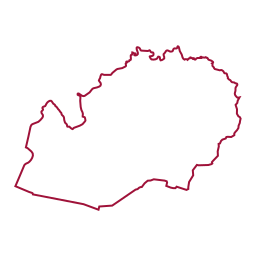 the border of West Kazakhstan
{"feature_id": "KAZ-3201", "entity_name": "West Kazakhstan", "entity_type": "Region", "adm_level": 1, "iso_a3": "KAZ", "parent_name": "Kazakhstan", "parent_adm1": "", "projection": "orthographic", "projection_center": [51.03, 49.856], "detail": "fine", "context": "isolated", "style": "outline", "palette": "rose", "viewbox_px": 256, "rotation_deg": 0, "n_neighbors": 0, "source": "natural_earth", "source_scale": "10m", "svg_char_len": 4885}
<svg xmlns="http://www.w3.org/2000/svg" viewBox="0 0 256 256"><path d="M177.9,46.3L178.6,46.7L179.1,48.1L179.5,49.8L179.8,51.1L181.7,54.5L182.5,57.2L182.7,57.7L183.0,58.2L183.4,58.8L183.9,59.2L184.5,59.6L185.2,59.2L187.6,59.3L187.7,59.7L188.0,59.5L188.4,59.1L188.6,58.7L188.8,58.5L189.1,58.4L189.8,58.3L189.9,58.1L190.1,57.8L190.2,57.5L190.6,57.4L190.9,57.5L191.5,58.1L193.2,58.1L193.8,58.3L193.4,59.0L194.0,59.1L194.7,59.5L195.1,59.6L195.5,59.5L195.8,59.1L196.2,58.7L196.5,58.4L197.5,58.0L200.7,58.0L200.4,57.3L200.5,56.9L200.9,56.8L201.3,56.8L201.5,56.9L201.7,57.1L201.8,57.3L201.9,57.5L202.2,57.6L202.4,57.5L202.5,57.4L204.7,57.6L205.1,57.5L205.7,57.2L206.2,57.6L206.3,57.5L207.3,57.9L207.7,58.3L208.2,59.3L208.6,59.7L211.4,60.7L212.5,61.5L212.9,61.8L213.1,62.5L212.9,62.9L212.0,63.4L212.5,63.9L212.5,64.6L212.4,65.4L212.6,66.1L213.5,67.0L213.9,67.5L214.1,68.2L214.8,69.0L219.8,70.3L221.1,70.0L221.9,70.2L222.9,70.9L223.5,71.5L224.2,72.9L224.8,73.3L226.2,73.4L226.7,73.8L227.0,74.4L227.3,76.1L227.6,76.6L227.8,77.0L227.9,77.4L227.8,78.2L228.7,79.2L229.2,79.6L230.3,80.2L230.7,80.7L231.0,81.2L231.5,81.8L232.1,82.2L234.3,82.5L234.6,82.7L235.1,83.1L235.4,83.3L236.6,83.5L237.0,83.7L237.2,84.0L237.3,84.4L237.3,84.9L237.1,85.3L235.7,87.4L235.5,88.3L235.5,90.1L235.4,91.0L234.9,92.9L234.8,93.8L235.0,94.6L235.4,95.5L236.5,96.8L237.0,97.3L237.7,97.7L238.2,97.7L239.5,97.4L237.7,100.7L237.3,102.9L235.6,104.9L237.0,109.2L236.9,113.7L238.4,116.3L239.8,117.1L240.6,118.6L240.0,121.2L239.8,122.9L238.6,125.7L238.4,128.0L237.0,130.2L235.4,131.9L234.3,133.4L234.3,135.2L231.2,137.0L227.8,136.8L226.4,137.0L225.7,138.5L222.4,139.6L221.0,141.0L220.0,143.4L218.6,143.9L218.8,146.5L217.7,151.3L217.9,155.8L212.7,161.2L211.9,162.2L212.3,163.5L211.5,164.1L208.4,165.0L198.5,165.3L196.9,164.9L192.8,170.3L193.2,175.3L189.1,182.0L188.3,187.1L188.3,189.0L186.5,189.9L176.6,186.7L175.5,188.1L173.0,188.1L170.7,187.6L166.3,185.9L167.1,182.6L166.7,181.3L164.6,180.6L153.8,179.3L150.6,180.5L147.7,180.7L144.6,183.3L141.8,187.0L140.5,187.1L139.0,187.8L137.6,189.1L135.6,189.6L112.2,205.6L99.3,206.5L98.5,209.7L83.6,204.2L32.9,194.4L32.9,194.0L32.6,193.3L32.0,192.9L29.2,192.0L22.3,189.1L15.4,186.2L20.0,175.4L24.3,165.2L25.1,164.3L26.1,163.6L28.3,162.6L28.9,162.1L29.5,161.6L31.0,159.9L32.2,157.8L32.9,155.6L32.7,153.4L31.4,151.5L27.5,148.1L25.9,147.4L28.3,137.1L30.5,126.8L31.3,125.1L32.3,124.2L38.4,121.8L40.4,120.0L42.3,117.8L42.9,116.6L42.9,115.1L41.5,112.9L41.4,111.7L41.7,111.2L42.7,110.2L43.0,109.6L42.9,109.0L42.6,108.5L42.4,108.0L42.7,107.2L43.2,106.8L45.1,106.1L45.5,105.6L46.4,103.8L46.5,103.6L47.4,102.4L48.6,101.4L49.9,100.8L51.0,100.8L51.7,101.3L53.3,103.7L54.5,104.5L54.9,104.9L55.2,105.5L55.3,105.9L55.6,106.3L56.1,106.5L56.4,106.7L57.6,108.3L58.1,109.1L59.1,110.1L60.2,111.8L61.2,112.8L61.4,113.3L61.5,113.9L61.7,114.5L62.0,115.0L63.3,116.2L63.9,117.3L64.1,118.5L64.2,119.8L64.5,121.0L64.7,121.4L64.9,122.3L65.1,122.7L65.4,123.0L66.5,124.0L67.0,125.0L67.1,126.0L67.4,126.6L68.4,126.7L69.2,126.6L69.4,126.7L70.7,128.0L72.2,129.0L72.6,129.1L72.9,128.9L73.6,128.1L74.0,127.8L79.7,125.7L82.5,124.2L84.7,121.7L85.2,121.0L85.4,120.6L85.4,120.1L85.1,118.4L84.9,117.7L84.6,117.2L82.7,116.6L82.7,115.5L82.9,114.0L82.5,112.3L81.4,110.0L80.7,107.0L80.2,100.8L80.4,97.8L80.3,96.5L79.7,95.6L78.3,95.2L77.7,94.8L77.6,94.0L78.0,93.5L78.7,93.5L82.1,95.8L83.4,96.1L84.6,95.9L89.6,92.4L92.1,89.2L93.3,88.3L97.1,87.4L99.4,86.5L100.5,85.6L100.9,84.2L100.5,82.8L99.6,81.7L98.9,80.6L99.3,79.4L100.0,78.3L100.2,77.6L100.5,76.2L100.8,75.5L101.1,74.8L101.5,74.3L102.1,74.2L104.2,74.9L110.6,74.9L111.1,74.6L112.4,72.9L116.3,69.6L117.4,69.0L122.2,68.1L125.4,66.5L125.8,66.2L126.0,65.7L126.0,65.2L125.8,64.4L125.7,63.6L126.0,63.2L126.4,63.0L126.8,62.6L126.7,62.4L126.5,62.1L126.3,61.9L126.5,61.6L126.9,61.5L128.4,61.5L128.9,61.3L129.3,60.9L129.5,60.2L130.1,60.1L130.6,59.9L130.8,59.5L130.9,58.5L130.7,56.0L130.8,55.4L131.2,54.9L131.8,54.8L132.1,54.4L132.2,53.4L132.3,52.4L132.8,52.5L133.8,53.3L135.0,53.3L135.3,53.5L134.8,54.2L134.3,55.0L134.6,55.3L135.3,55.4L135.9,55.4L137.1,54.9L137.8,54.1L137.9,52.9L136.7,49.3L136.6,47.9L137.2,47.2L138.6,47.5L139.1,47.8L139.6,48.2L140.0,48.8L140.3,49.5L140.7,50.3L141.4,50.6L147.9,51.0L148.4,50.8L149.0,50.5L149.6,50.3L150.0,50.6L150.7,51.8L151.0,52.1L151.5,52.4L152.7,52.4L153.2,52.7L153.5,53.5L153.5,54.5L153.3,55.2L152.9,55.6L152.4,55.9L149.8,56.4L149.7,56.7L150.0,57.3L150.4,58.0L150.6,58.5L151.5,59.4L153.5,59.6L155.6,59.3L157.1,58.5L157.5,57.8L157.8,57.2L158.2,56.7L158.9,56.7L159.6,57.0L159.8,57.4L159.9,58.0L160.0,59.0L160.6,60.3L161.8,60.1L163.2,59.3L164.2,58.5L164.2,56.9L163.7,55.5L163.6,54.2L165.1,52.5L165.9,51.2L166.4,50.7L167.1,50.4L167.8,50.5L168.6,50.8L169.3,51.2L170.0,51.5L170.8,51.6L171.6,51.5L172.3,51.3L172.8,50.8L173.3,49.4L173.7,48.8L174.4,48.4L175.9,48.5L176.6,48.4L177.2,47.9L177.5,46.6L177.9,46.3Z" fill="none" stroke="#9f1239" stroke-width="2"/></svg>